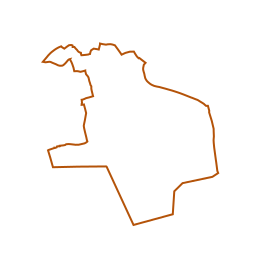 Apapa, Lagos, Nigeria (Albers equal-area conic projection), rotated 346°
{"feature_id": "59680162B5781056238943", "entity_name": "Apapa", "entity_type": "district", "adm_level": 2, "iso_a3": "NGA", "parent_name": "Nigeria", "parent_adm1": "Lagos", "projection": "albers", "projection_center": [3.364, 6.438], "detail": "fine", "context": "isolated", "style": "outline", "palette": "amber", "viewbox_px": 256, "rotation_deg": 346, "n_neighbors": 0, "source": "geoboundaries", "source_scale": "gbopen_adm2", "svg_char_len": 2535}
<svg xmlns="http://www.w3.org/2000/svg" viewBox="0 0 256 256"><g transform="rotate(346 128 128)"><path d="M121.3,39.3L121.1,40.1L118.6,44.8L117.0,44.0L113.9,42.7L111.0,43.7L110.1,44.9L109.0,47.0L108.3,46.9L107.4,47.1L104.7,46.8L102.0,46.4L100.4,46.1L100.3,45.3L100.5,43.6L99.4,43.0L98.4,42.0L97.8,40.9L97.4,39.8L96.4,38.2L95.6,36.4L95.0,36.2L93.9,36.0L94.1,35.2L94.1,34.4L92.9,33.7L91.5,33.5L90.8,33.4L88.7,34.2L85.4,35.6L84.7,34.9L83.4,33.5L82.9,32.6L80.2,33.0L77.6,33.7L75.9,34.3L74.7,34.8L72.6,35.7L71.0,36.5L68.1,38.3L66.8,39.3L61.4,43.2L63.9,44.3L65.7,44.5L67.7,44.7L68.9,45.2L70.5,46.5L73.4,48.6L75.4,50.3L76.9,51.1L78.1,51.4L79.4,51.6L80.6,51.3L81.3,50.9L82.8,50.1L84.8,48.7L86.3,47.6L87.6,47.1L88.6,47.1L88.4,47.3L88.4,47.6L88.5,48.2L89.1,50.6L89.4,52.7L89.6,55.2L89.7,56.2L89.6,59.9L92.4,60.5L93.6,61.0L94.9,61.7L95.6,62.0L98.7,62.0L100.4,61.9L100.3,62.3L100.3,63.5L100.3,65.7L101.4,67.9L101.6,68.4L101.8,69.1L101.9,70.0L101.8,73.0L102.0,75.4L102.0,77.2L102.5,78.6L101.9,81.1L101.8,83.3L101.8,88.7L97.5,88.9L94.6,88.9L92.5,89.3L90.9,89.5L89.9,89.4L89.9,89.7L89.7,90.5L89.5,92.5L89.1,92.9L88.6,94.3L90.0,94.5L90.9,94.5L91.0,99.3L91.0,103.4L88.0,110.1L86.3,113.6L85.6,115.2L85.4,117.3L85.3,121.6L85.3,126.9L85.2,129.7L85.3,130.8L85.3,131.3L84.0,131.9L82.2,132.4L76.1,132.3L73.1,131.6L68.6,129.9L66.5,129.2L64.1,128.8L62.8,129.3L61.0,129.2L58.8,128.9L57.5,128.7L57.4,129.2L56.8,129.2L56.1,128.9L54.7,128.7L54.1,129.5L52.3,129.7L51.8,129.3L51.6,129.6L45.6,130.1L45.0,130.3L45.4,137.8L45.7,147.9L70.1,153.4L97.5,160.0L97.9,160.4L109.9,223.4L150.6,222.5L157.6,200.6L167.6,194.7L198.1,195.8L204.6,193.5L204.3,191.2L205.3,182.6L205.5,180.5L206.3,173.2L206.9,167.8L207.6,163.1L208.1,160.5L209.3,156.9L210.4,151.6L210.9,149.5L211.0,141.5L210.8,137.8L210.5,132.5L211.0,130.9L210.9,125.8L209.1,125.4L208.4,124.4L207.9,123.7L207.5,123.0L206.2,121.6L204.5,119.9L202.9,118.2L202.6,117.9L202.0,117.4L201.1,116.8L199.8,115.9L198.3,114.8L197.3,114.1L196.8,113.8L190.1,109.0L187.2,107.0L184.9,105.5L182.7,104.1L179.6,102.2L176.1,100.2L173.5,98.7L171.5,97.6L168.3,95.8L166.3,94.9L165.3,94.4L163.8,93.6L163.2,93.2L162.6,92.7L162.0,92.3L160.8,91.2L159.9,90.2L158.4,88.1L157.7,86.9L157.1,85.2L156.8,83.9L156.8,82.3L156.8,81.3L156.9,79.8L156.9,78.6L156.8,77.2L156.8,75.1L157.2,73.5L158.7,70.4L160.8,69.0L155.9,62.8L155.2,62.9L153.9,60.7L152.8,57.5L152.2,55.3L148.2,54.4L143.7,54.5L139.5,55.3L138.8,53.3L137.1,49.0L135.3,44.6L133.2,43.3L131.5,42.5L128.8,41.9L126.8,41.8L123.7,40.5L121.3,39.3Z" fill="none" stroke="#b45309" stroke-width="2"/></g></svg>